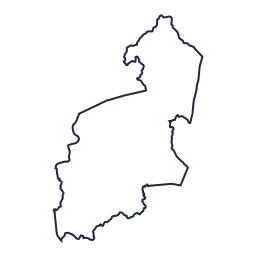 Colomoncagua, Intibucá, Honduras
{"feature_id": "27666195B91470082357426", "entity_name": "Colomoncagua", "entity_type": "district", "adm_level": 2, "iso_a3": "HND", "parent_name": "Honduras", "parent_adm1": "Intibucá", "projection": "natural_earth1", "projection_center": [-88.292, 13.988], "detail": "fine", "context": "isolated", "style": "outline", "palette": "slate", "viewbox_px": 256, "rotation_deg": 0, "n_neighbors": 0, "source": "geoboundaries", "source_scale": "gbopen_adm2", "svg_char_len": 5795}
<svg xmlns="http://www.w3.org/2000/svg" viewBox="0 0 256 256"><path d="M56.1,165.2L55.8,166.2L56.0,167.2L55.4,168.1L55.8,168.5L56.9,169.1L57.0,169.3L56.7,170.6L56.8,171.1L57.2,174.2L57.6,175.7L57.7,177.1L57.9,178.1L58.1,178.5L58.5,178.8L59.5,178.6L59.7,179.0L59.3,179.6L59.2,180.2L61.4,181.6L61.7,182.1L61.4,183.9L60.5,185.4L60.7,186.2L60.7,187.1L60.5,188.0L60.5,188.5L62.8,191.6L63.4,192.6L63.6,193.3L63.3,194.0L62.8,194.8L62.6,195.2L62.6,195.8L62.8,197.5L62.6,198.6L61.4,200.8L60.4,203.2L60.4,204.1L60.8,206.0L60.8,206.5L58.9,207.2L58.2,208.4L57.5,209.3L56.5,210.2L56.1,210.1L55.2,209.3L54.6,209.2L54.2,209.3L54.1,209.8L53.7,210.1L53.6,210.4L54.7,211.8L54.8,212.0L54.8,212.3L54.6,212.6L55.3,219.3L56.1,226.7L56.4,230.3L56.9,234.1L57.7,235.9L58.2,236.8L60.3,239.7L61.3,240.6L61.2,239.5L61.4,239.0L62.9,237.3L64.3,236.1L64.6,235.3L64.9,233.9L65.1,233.4L65.7,233.0L67.7,232.8L69.7,233.4L72.2,234.5L73.6,235.5L76.6,238.4L77.6,238.9L78.4,239.0L78.9,238.8L80.8,235.5L81.8,235.9L82.3,235.9L82.8,235.8L83.1,235.9L83.3,236.2L83.3,237.7L83.5,238.1L85.2,237.8L86.3,237.8L87.4,238.0L88.5,238.4L89.0,238.9L89.5,239.6L90.7,239.4L91.9,240.0L92.5,240.1L93.9,238.8L94.2,238.3L94.3,237.6L94.3,237.3L93.6,236.1L93.6,233.9L93.1,232.0L93.1,231.3L94.2,229.5L94.9,229.0L95.4,228.3L96.5,226.4L98.2,225.8L99.6,225.7L99.8,225.4L100.1,224.5L100.2,224.4L100.7,224.5L101.2,224.7L102.3,225.9L102.9,225.9L103.3,225.4L104.0,223.2L104.9,222.1L105.4,221.9L106.9,222.2L107.6,221.8L111.1,218.9L111.5,218.2L111.9,217.0L112.5,216.5L113.6,216.1L117.5,215.5L118.2,214.6L119.1,213.9L119.4,212.9L119.8,212.4L120.5,212.3L121.7,212.6L123.3,213.9L123.9,214.6L124.5,215.1L125.4,215.6L126.0,215.5L126.4,215.7L126.6,215.9L127.0,217.5L127.6,218.0L128.2,218.3L129.2,218.1L131.6,216.8L133.1,216.4L133.5,215.8L134.0,214.7L134.4,214.3L135.6,213.5L136.4,213.4L137.0,213.0L137.5,213.0L138.0,213.2L139.2,214.3L139.6,214.3L140.0,214.2L140.6,213.5L141.2,212.4L141.7,212.0L142.3,211.8L142.9,211.1L143.4,210.3L143.9,208.2L144.4,208.0L145.1,208.1L145.4,207.9L145.6,207.5L145.6,206.2L145.5,205.6L144.0,204.5L143.7,203.7L143.5,202.8L142.5,201.7L142.3,201.4L142.3,200.4L142.5,199.8L143.0,199.5L143.8,199.3L144.5,199.0L145.1,198.4L145.3,197.9L145.1,197.3L144.8,197.0L144.2,196.7L143.7,195.9L143.4,194.6L143.5,194.5L144.2,194.5L144.3,194.1L144.1,193.7L143.0,192.3L143.0,192.0L143.1,190.8L142.7,190.4L142.4,189.4L142.8,187.4L143.1,186.6L143.5,186.4L144.7,186.7L145.3,186.7L145.4,186.4L145.2,185.7L146.5,185.3L147.2,184.5L147.6,184.7L148.0,185.8L148.2,186.1L148.4,186.2L149.1,185.8L171.7,183.8L180.6,185.4L187.9,167.5L185.3,164.8L184.8,164.7L184.2,164.1L183.5,162.8L183.0,162.3L181.3,161.2L180.2,159.9L179.3,159.2L177.1,156.9L176.2,155.7L175.1,153.0L174.1,151.3L173.6,150.2L173.3,149.8L171.8,148.9L171.7,148.3L171.7,147.5L172.4,145.9L172.4,145.5L171.7,143.5L171.7,142.0L171.6,140.5L172.0,138.7L171.7,136.9L172.1,135.8L172.3,135.4L172.8,132.8L172.3,132.2L172.2,131.4L172.5,130.8L173.3,129.9L173.4,128.8L173.1,127.6L172.6,127.2L172.0,127.0L171.6,127.0L170.9,127.4L170.5,127.4L170.1,127.0L169.9,126.3L169.9,125.8L170.2,124.2L170.1,122.5L170.0,121.7L169.5,121.1L170.4,121.0L171.4,121.2L171.7,121.1L172.5,120.2L172.9,120.0L174.9,119.9L175.1,119.6L175.8,117.1L176.9,115.5L177.6,115.1L177.8,115.1L178.0,115.2L178.2,116.3L178.7,116.8L179.1,116.9L180.2,116.4L181.3,116.2L182.5,116.3L183.0,116.6L184.4,117.8L185.1,118.1L187.1,119.5L187.6,119.9L188.4,121.8L189.1,122.9L189.4,123.1L190.2,122.9L192.5,113.5L193.7,100.8L195.6,93.6L196.5,89.4L197.0,84.5L198.3,80.7L199.7,66.4L202.4,56.7L194.6,48.5L194.3,47.7L193.7,46.9L192.7,46.6L191.1,45.9L189.7,45.6L188.7,44.8L188.0,43.7L187.4,43.4L185.8,43.1L185.0,43.1L184.3,43.2L183.9,43.1L183.5,42.6L182.8,40.6L181.4,39.8L181.0,39.2L179.3,38.3L178.9,37.3L178.6,35.6L177.5,32.2L174.6,29.1L172.8,27.5L172.6,26.4L172.8,25.6L171.5,24.7L171.5,21.6L171.8,20.7L171.8,19.5L171.7,18.8L171.4,18.2L171.5,17.9L171.2,17.3L170.2,16.7L169.0,16.5L164.9,17.4L164.2,17.5L163.3,17.2L162.5,16.1L161.6,15.5L160.9,15.4L160.3,15.6L159.6,16.4L159.1,18.0L158.6,18.7L158.4,18.9L157.6,19.1L157.3,19.4L157.0,24.1L156.6,25.7L155.8,26.6L154.5,27.1L153.4,27.9L153.0,29.1L152.6,30.8L152.4,31.2L152.0,31.4L148.4,31.4L147.5,31.6L146.5,32.2L146.3,33.0L146.1,33.3L143.2,34.6L142.7,35.5L141.6,36.9L139.9,38.3L139.1,40.0L137.1,42.6L136.9,43.2L137.2,44.1L136.9,44.7L136.3,44.9L134.8,45.2L133.2,45.9L132.2,45.8L131.3,45.3L130.2,45.6L129.3,46.3L128.4,46.7L126.9,47.7L126.8,51.3L125.9,52.9L124.8,54.5L124.2,56.4L124.2,57.4L125.0,58.1L125.2,58.8L125.2,59.4L125.0,60.4L123.8,61.7L123.8,61.9L123.9,62.0L124.2,61.9L124.5,62.1L124.9,63.1L125.7,63.7L126.0,64.6L126.5,65.1L127.0,65.2L127.5,65.0L127.9,64.5L128.2,63.6L131.7,61.3L132.8,61.1L134.4,61.7L135.0,61.8L135.3,61.7L135.5,61.1L135.7,60.2L135.5,57.4L135.9,56.8L136.6,56.6L137.1,56.7L137.6,57.0L138.3,57.9L138.8,59.1L139.1,61.1L139.4,62.0L140.5,62.7L141.4,63.6L142.5,64.5L143.2,64.8L143.6,65.4L143.7,65.6L143.7,66.5L143.0,69.1L142.8,69.5L141.9,70.4L141.6,70.8L142.2,72.8L142.1,73.5L140.4,75.2L140.1,75.9L139.9,77.0L139.7,77.3L138.7,77.9L137.5,78.1L137.2,78.4L137.1,78.8L137.4,79.2L138.1,79.9L140.0,80.3L140.9,80.7L141.9,82.1L143.5,84.8L145.0,85.6L145.2,86.2L145.8,88.9L146.1,89.5L146.0,90.1L145.8,90.6L124.2,95.5L110.4,99.6L106.6,100.6L79.1,113.7L78.9,114.6L78.2,116.0L78.0,116.9L77.4,118.0L77.0,119.4L77.0,119.9L76.9,120.1L74.7,123.5L74.2,124.0L73.6,124.3L73.2,124.9L72.9,125.6L72.6,127.6L73.1,130.9L73.4,132.0L73.8,133.0L74.3,133.7L75.3,134.7L77.6,136.3L78.3,137.0L78.7,137.7L79.0,138.4L79.0,138.9L78.8,139.5L78.1,141.1L77.0,142.2L76.0,143.0L74.8,143.4L70.9,144.2L68.6,145.1L68.2,145.4L68.1,145.9L68.2,146.5L69.0,149.1L69.6,150.8L69.8,151.7L69.6,153.4L68.8,156.9L69.5,159.6L69.5,160.1L69.1,160.6L68.6,161.1L67.0,161.6L65.4,161.6L63.4,162.0L59.2,163.2L57.0,164.3L56.1,165.2Z" fill="none" stroke="#1e293b" stroke-width="2"/></svg>